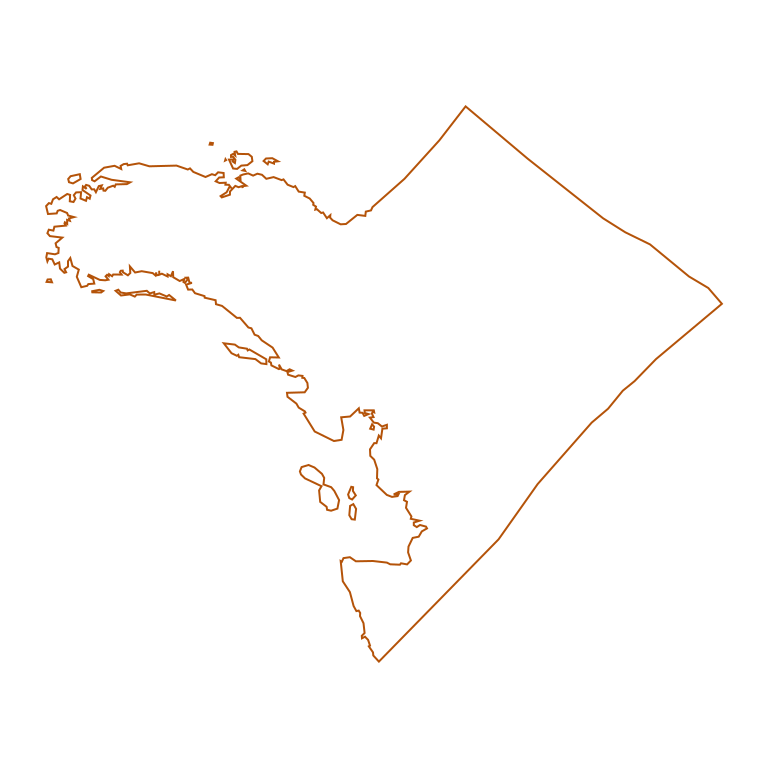 the district of Fakfak, Papua Barat, Indonesia
{"feature_id": "22746128B79106566109504", "entity_name": "Fakfak", "entity_type": "district", "adm_level": 2, "iso_a3": "IDN", "parent_name": "Indonesia", "parent_adm1": "Papua Barat", "projection": "mercator", "projection_center": [132.521, -3.203], "detail": "fine", "context": "isolated", "style": "outline", "palette": "amber", "viewbox_px": 768, "rotation_deg": 0, "n_neighbors": 0, "source": "geoboundaries", "source_scale": "gbopen_adm2", "svg_char_len": 6044}
<svg xmlns="http://www.w3.org/2000/svg" viewBox="0 0 768 768"><path d="M721.9,303.8L708.3,288.0L689.0,276.5L650.0,244.4L625.3,232.3L603.1,218.3L527.7,158.7L465.6,106.4L439.3,140.4L404.5,178.8L372.5,207.1L371.0,210.4L365.8,211.6L365.3,215.9L357.3,214.9L346.0,224.0L340.6,224.3L332.6,220.3L330.1,217.6L330.3,215.2L326.9,218.2L323.1,212.5L321.2,213.0L316.9,209.2L315.3,209.6L316.0,206.6L313.2,204.8L313.5,203.0L309.7,198.5L304.3,195.8L304.8,192.6L298.7,191.6L295.2,186.1L293.5,187.1L287.6,184.7L283.5,179.4L281.6,180.1L273.6,177.1L266.3,178.8L262.0,174.8L257.4,173.7L253.1,175.6L248.2,173.4L243.1,174.5L240.3,175.6L240.5,179.3L238.6,177.3L236.2,178.6L246.3,185.7L242.7,186.2L242.7,187.9L242.0,186.1L238.6,187.2L235.3,185.9L230.0,191.5L229.9,194.7L221.8,197.4L220.6,196.1L226.6,192.3L229.3,187.2L231.0,187.6L228.9,184.8L225.4,184.7L225.7,182.7L219.5,183.0L215.7,181.3L219.2,177.5L223.8,177.3L223.6,173.0L218.1,172.3L215.2,175.2L211.9,174.2L205.5,177.0L193.3,171.9L190.0,168.4L187.8,169.5L176.5,165.6L149.4,166.3L139.1,163.3L127.7,165.3L127.1,163.7L123.7,164.1L120.6,165.9L121.2,169.0L114.6,165.8L104.1,167.7L91.8,177.9L92.1,180.1L94.6,181.3L100.9,176.5L111.6,179.8L130.2,182.3L126.9,184.1L115.7,184.4L114.7,186.8L113.2,185.7L107.8,187.7L105.3,190.8L103.5,190.6L103.2,188.4L100.2,188.9L101.8,185.4L98.8,186.1L95.9,192.2L94.2,189.3L91.7,189.4L89.2,185.8L86.1,184.9L85.0,186.4L86.5,188.9L82.9,186.4L82.5,190.0L90.5,195.5L89.7,198.7L87.0,197.2L86.0,200.8L80.5,198.5L81.1,192.2L76.1,192.4L73.8,195.2L75.5,198.6L73.5,202.0L69.8,201.3L70.1,194.9L67.2,194.0L59.1,199.3L56.6,197.0L53.0,199.3L51.3,203.8L48.9,203.1L46.1,206.1L48.0,214.0L56.7,213.4L57.7,210.8L60.1,210.0L67.1,213.0L68.1,215.5L74.0,217.1L69.0,218.4L69.9,220.8L67.1,219.9L67.2,223.9L64.9,222.3L64.5,223.4L65.8,225.6L54.4,226.7L53.4,230.6L48.8,229.7L47.4,233.2L49.9,236.1L62.3,237.6L55.6,243.3L56.5,247.0L58.7,247.9L58.4,253.0L55.0,254.3L47.1,253.1L46.3,257.3L47.4,261.4L48.6,258.7L52.3,259.3L54.7,264.5L59.2,262.4L60.0,268.6L64.3,272.8L66.1,272.3L64.5,269.1L68.0,266.6L68.0,261.2L70.3,258.0L72.5,266.0L78.8,269.6L76.8,276.8L81.3,287.2L87.2,285.8L88.3,284.1L94.3,283.6L93.2,279.1L88.1,276.1L88.8,274.7L99.8,279.9L105.2,280.3L108.4,279.7L105.6,276.3L107.1,274.8L108.8,276.1L109.1,274.2L112.1,276.2L113.2,274.5L121.6,274.6L119.9,272.2L120.7,270.8L122.7,270.6L123.0,272.3L127.9,275.3L130.3,273.0L129.9,266.4L135.1,272.5L141.7,271.2L152.7,273.1L155.5,275.5L156.3,272.4L156.3,275.4L159.3,274.7L159.2,270.7L159.3,274.7L161.9,273.7L167.6,276.5L167.6,274.3L170.9,276.2L173.0,271.2L173.2,277.2L179.7,281.0L184.4,278.9L183.4,281.9L184.9,282.9L187.8,279.2L186.2,277.7L188.2,277.6L189.4,282.4L191.9,282.9L186.1,284.6L188.1,289.6L192.3,289.5L195.0,293.2L204.5,296.1L204.7,297.7L215.6,300.2L216.0,304.2L222.0,305.9L236.9,317.9L240.0,317.8L248.4,327.5L251.4,328.3L254.6,334.7L258.2,336.0L261.7,340.3L272.6,347.6L278.8,357.5L270.1,357.3L268.9,361.5L270.9,362.6L271.4,365.4L278.9,369.1L280.0,368.7L279.0,364.6L281.7,369.4L286.5,371.1L289.6,369.3L292.4,370.6L287.4,372.1L288.1,374.7L295.4,377.0L298.4,375.4L302.5,375.9L302.3,377.8L304.3,378.0L307.4,383.0L307.9,387.8L304.7,392.3L287.0,392.8L287.5,396.8L296.4,403.6L298.7,407.6L304.9,411.4L305.5,412.6L303.6,413.6L314.7,431.5L333.9,441.0L341.6,439.8L343.4,430.0L341.2,417.3L350.1,416.5L358.8,408.3L359.6,412.6L362.5,412.8L364.2,415.9L368.5,414.1L364.8,413.0L364.5,410.3L373.8,410.3L374.2,412.4L372.7,411.8L371.9,413.6L373.5,417.1L369.9,417.6L373.8,422.6L377.8,423.2L381.9,426.5L386.9,424.8L386.9,428.3L382.4,428.7L381.0,438.3L378.8,435.6L376.5,443.2L374.2,443.1L370.0,449.3L370.3,455.9L374.2,459.7L377.3,469.1L377.0,478.4L378.4,479.5L376.5,485.1L386.8,494.9L392.0,496.9L397.6,496.1L398.6,494.1L393.7,494.4L398.9,491.9L409.5,491.6L404.9,495.1L404.0,500.2L407.0,501.8L406.0,507.8L411.4,516.4L410.8,518.8L419.6,520.7L413.8,522.5L413.8,525.2L416.8,527.1L420.0,525.0L426.0,526.6L427.0,528.4L421.8,531.4L418.7,536.7L412.7,537.9L408.5,546.6L408.1,552.4L410.9,560.5L407.1,564.4L401.0,563.3L399.9,564.7L390.2,564.3L386.9,562.6L372.9,561.0L355.9,561.3L349.9,557.2L343.5,558.1L341.8,561.8L340.7,561.1L342.8,581.3L349.9,592.1L353.6,606.0L356.4,611.1L358.7,610.6L360.2,613.0L360.0,616.1L363.5,623.2L364.6,633.0L361.8,635.8L362.0,638.3L365.0,636.7L368.1,639.9L370.0,645.6L368.8,646.3L373.0,652.4L373.3,655.5L378.9,661.6L498.6,539.3L537.7,484.0L591.7,422.6L608.1,408.7L622.8,390.7L634.6,381.1L656.0,359.1L721.9,303.8ZM308.5,465.0L301.6,467.1L299.9,471.4L301.0,474.5L305.0,478.4L321.5,486.2L319.1,490.4L320.2,501.9L326.6,506.8L327.1,509.8L331.1,510.7L337.4,508.6L339.1,500.1L334.3,490.9L331.2,487.2L323.5,484.4L324.2,477.9L322.0,473.9L314.5,467.5L308.5,465.0ZM234.9,344.6L223.8,343.3L231.5,353.2L236.9,355.8L238.3,354.8L239.1,357.2L255.4,359.1L261.1,363.4L266.4,364.1L266.3,359.3L249.4,349.5L247.7,350.4L247.0,348.7L238.8,347.4L234.9,344.6ZM248.5,154.1L237.9,153.9L236.5,151.4L234.6,151.8L235.2,155.5L233.3,153.8L231.0,155.1L231.0,156.9L233.1,156.8L235.4,159.8L234.9,163.0L232.6,161.4L233.4,159.5L229.0,159.6L233.1,168.5L237.1,168.9L241.3,165.6L247.4,165.1L252.4,161.2L251.8,156.8L248.5,154.1ZM120.7,292.5L118.3,289.7L115.6,290.8L121.0,295.5L129.8,294.4L134.8,296.6L136.7,294.6L145.6,294.5L175.9,300.5L169.1,295.0L166.8,296.5L159.4,293.4L154.3,294.7L154.2,292.1L149.8,293.4L146.8,290.8L126.2,293.4L120.7,292.5ZM73.0,183.4L80.6,179.0L79.8,174.2L70.6,176.2L68.2,179.0L69.0,182.2L73.0,183.4ZM354.8,519.6L356.1,508.9L353.3,504.1L350.1,505.9L349.3,515.2L351.6,519.2L354.8,519.6ZM352.1,499.5L355.8,495.4L352.9,490.9L353.1,487.2L351.3,486.8L348.1,494.5L349.3,498.1L352.1,499.5ZM272.3,158.2L266.0,158.5L263.6,161.0L267.7,164.3L268.7,161.6L274.0,163.6L274.0,161.8L278.0,161.3L272.3,158.2ZM103.2,291.0L99.4,289.8L92.2,291.2L92.3,292.3L101.1,292.5L103.2,291.0ZM373.6,429.6L374.1,426.7L372.1,424.3L370.2,428.7L373.6,429.6ZM47.6,279.5L46.6,281.9L52.0,282.3L50.8,279.3L47.6,279.5ZM212.5,144.8L212.9,143.1L210.2,142.7L209.6,144.6L212.5,144.8ZM245.2,170.9L244.3,169.3L242.7,170.4L245.2,170.9ZM225.1,160.6L226.1,160.1L225.5,159.2L225.1,160.6Z" fill="none" stroke="#b45309" stroke-width="2"/></svg>